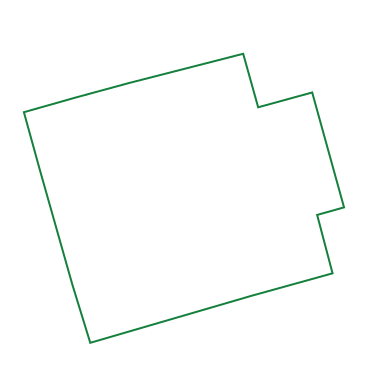 outline of Lapeer, Michigan, United States of America, rotated 76°
{"feature_id": "52423323B42723589239297", "entity_name": "Lapeer", "entity_type": "district", "adm_level": 2, "iso_a3": "USA", "parent_name": "United States of America", "parent_adm1": "Michigan", "projection": "natural_earth1", "projection_center": [-83.274, 43.104], "detail": "fine", "context": "isolated", "style": "outline", "palette": "green", "viewbox_px": 384, "rotation_deg": 76, "n_neighbors": 0, "source": "geoboundaries", "source_scale": "gbopen_adm2", "svg_char_len": 335}
<svg xmlns="http://www.w3.org/2000/svg" viewBox="0 0 384 384"><g transform="rotate(76 192 192)"><path d="M73.9,335.8L133.5,334.3L252.8,330.5L313.7,327.2L307.1,159.5L304.9,75.3L244.5,76.1L243.7,48.2L124.5,51.3L125.8,107.3L70.3,108.9L70.3,115.1L71.0,226.6L72.2,282.5L73.9,335.8Z" fill="none" stroke="#15803d" stroke-width="2"/></g></svg>